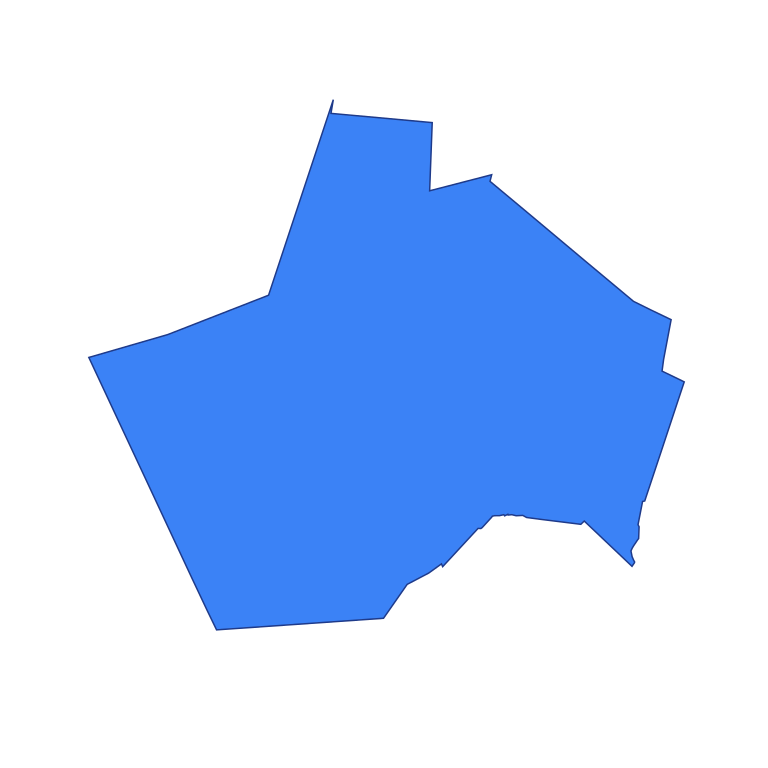 outline of Sacramento, Coahuila, Mexico, rotated 100°
{"feature_id": "50627088B55806016099759", "entity_name": "Sacramento", "entity_type": "district", "adm_level": 2, "iso_a3": "MEX", "parent_name": "Mexico", "parent_adm1": "Coahuila", "projection": "orthographic", "projection_center": [-101.737, 26.936], "detail": "fine", "context": "isolated", "style": "filled", "palette": "blue", "viewbox_px": 768, "rotation_deg": 100, "n_neighbors": 0, "source": "geoboundaries", "source_scale": "gbopen_adm2", "svg_char_len": 1043}
<svg xmlns="http://www.w3.org/2000/svg" viewBox="0 0 768 768"><g transform="rotate(100 384 384)"><path d="M655.2,506.2L614.8,343.8L577.3,326.4L566.1,311.9L562.4,307.1L551.2,296.2L553.7,294.5L509.9,266.3L509.5,263.5L508.4,262.4L496.6,254.9L496.0,254.6L495.4,254.4L494.5,252.3L493.6,247.4L491.9,243.3L492.9,242.3L490.8,239.4L491.5,239.0L490.5,235.4L490.8,231.0L489.3,224.5L490.7,220.4L490.3,211.1L490.2,209.5L490.1,206.6L488.0,165.8L484.2,163.0L520.5,108.1L516.5,106.3L515.7,106.3L514.1,107.6L510.9,109.7L505.5,111.8L502.4,111.0L499.8,110.0L496.0,108.3L493.7,107.3L492.0,106.4L489.7,106.7L480.3,108.0L478.4,109.4L457.0,109.0L454.8,109.0L453.9,106.9L447.0,105.9L402.9,99.4L335.2,89.5L329.8,88.7L329.3,90.3L323.2,111.8L323.1,112.1L323.0,112.4L311.2,112.9L270.8,112.4L264.6,134.5L259.3,152.6L228.3,206.6L189.7,273.5L166.0,314.8L159.2,314.3L185.8,372.6L118.2,381.9L126.7,483.2L112.8,483.3L316.6,513.1L372.9,605.6L409.1,679.3L456.6,646.0L518.7,602.4L608.5,539.5L637.9,518.7L655.2,506.2Z" fill="#3b82f6" stroke="#1e3a8a" stroke-width="1.5"/></g></svg>